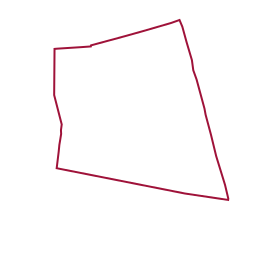 the district of Tichitt, Tagant, Mauritania, rotated 75°
{"feature_id": "47542326B42701553126465", "entity_name": "Tichitt", "entity_type": "district", "adm_level": 2, "iso_a3": "MRT", "parent_name": "Mauritania", "parent_adm1": "Tagant", "projection": "orthographic", "projection_center": [-9.94, 18.515], "detail": "fine", "context": "isolated", "style": "outline", "palette": "rose", "viewbox_px": 256, "rotation_deg": 75, "n_neighbors": 0, "source": "geoboundaries", "source_scale": "gbopen_adm2", "svg_char_len": 540}
<svg xmlns="http://www.w3.org/2000/svg" viewBox="0 0 256 256"><g transform="rotate(75 128 128)"><path d="M32.6,178.5L77.1,190.8L107.4,191.1L112.7,193.3L113.1,193.4L116.4,194.1L122.2,196.7L126.6,198.7L128.5,199.4L133.0,201.1L148.4,207.3L206.0,90.0L223.4,49.9L222.2,49.4L208.1,49.0L178.0,50.1L156.1,49.6L135.2,49.6L129.0,49.1L98.9,49.2L89.1,50.0L79.0,48.7L60.1,49.2L44.3,49.3L37.0,50.3L37.7,59.0L38.3,88.3L38.5,105.2L38.6,142.3L39.6,142.8L37.8,152.2L33.1,175.6L32.7,177.8L32.6,178.5Z" fill="none" stroke="#9f1239" stroke-width="2"/></g></svg>